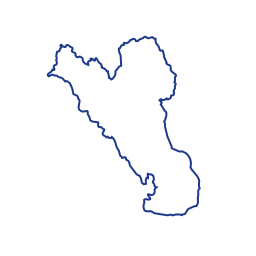 outline of Sachsen, rotated 73°
{"feature_id": "DEU-1601", "entity_name": "Sachsen", "entity_type": "State", "adm_level": 1, "iso_a3": "DEU", "parent_name": "Germany", "parent_adm1": "", "projection": "natural_earth1", "projection_center": [12.997, 50.915], "detail": "fine", "context": "isolated", "style": "outline", "palette": "blue", "viewbox_px": 256, "rotation_deg": 73, "n_neighbors": 0, "source": "natural_earth", "source_scale": "10m", "svg_char_len": 5684}
<svg xmlns="http://www.w3.org/2000/svg" viewBox="0 0 256 256"><g transform="rotate(73 128 128)"><path d="M187.7,120.0L187.0,120.0L186.3,119.7L185.5,118.8L185.0,118.4L182.7,117.8L180.7,118.0L179.2,119.3L178.3,121.6L177.6,122.5L178.3,122.8L180.5,123.1L181.7,123.5L181.1,124.0L181.0,124.8L182.7,126.1L185.0,126.7L186.7,127.4L186.3,129.5L184.5,130.7L179.5,130.4L177.2,130.8L176.6,131.4L175.4,132.8L174.6,133.4L164.8,137.0L163.5,137.1L161.2,136.9L160.0,137.1L159.3,137.5L158.3,138.5L157.7,138.9L156.9,139.0L156.3,138.8L155.7,138.8L155.1,139.4L154.9,140.2L155.1,141.5L155.1,141.9L154.7,142.4L153.9,142.5L152.1,143.5L150.9,143.6L148.0,143.4L146.6,143.5L144.2,144.2L143.0,144.4L137.3,144.4L134.4,144.8L131.8,146.1L132.6,147.4L132.3,148.5L131.5,149.3L130.4,150.0L130.8,150.6L130.7,151.1L130.3,151.5L129.7,151.8L128.6,152.9L127.5,153.7L126.4,154.0L124.9,153.4L124.5,153.0L123.6,151.7L123.3,151.4L122.5,151.2L122.3,151.3L122.3,151.6L121.9,151.9L119.5,153.3L119.2,153.8L118.5,155.5L117.2,156.0L116.1,155.6L115.1,155.1L113.8,155.0L111.7,159.6L110.8,160.9L109.3,161.9L105.9,161.7L104.1,162.2L102.9,162.4L101.8,162.2L101.3,161.9L100.7,161.8L100.2,161.9L99.7,162.2L99.3,165.5L98.9,167.0L98.0,167.9L96.1,169.4L93.9,169.3L88.0,166.4L87.5,166.3L86.9,166.4L85.6,167.0L84.5,166.8L83.4,166.9L82.4,167.2L81.6,167.9L80.2,169.6L79.5,170.2L78.6,170.3L75.2,169.8L70.5,170.1L67.9,170.7L65.7,172.3L65.1,173.4L65.3,174.2L65.1,174.5L64.1,174.7L63.3,175.3L61.5,176.1L60.8,176.7L58.8,179.6L58.1,180.2L57.3,180.6L56.8,181.3L56.6,182.6L55.4,183.9L55.0,184.7L54.8,186.1L55.0,187.1L55.4,188.0L55.4,188.7L54.5,189.2L53.4,189.1L52.8,188.3L52.0,186.1L51.8,185.2L51.6,184.6L50.0,183.2L50.0,182.9L50.3,182.6L50.5,182.6L50.8,182.1L50.9,181.7L50.7,181.4L50.2,181.2L48.4,181.2L47.4,181.0L46.7,180.4L46.5,179.8L46.5,178.4L46.1,177.7L44.9,176.9L41.9,176.8L41.4,176.1L39.6,175.6L38.7,175.7L38.2,175.6L35.4,174.1L34.8,173.9L34.5,173.7L34.3,172.1L34.3,171.8L34.5,171.3L34.3,171.0L32.9,170.2L31.7,168.6L31.1,168.4L29.4,168.5L28.9,167.9L28.9,167.6L29.1,167.4L29.5,167.1L30.1,166.8L31.1,166.5L31.3,166.3L31.4,166.1L31.5,165.4L32.0,165.0L32.1,164.7L32.1,164.0L32.0,163.7L31.8,163.4L31.0,162.9L30.8,162.6L30.8,162.3L30.9,161.8L31.3,161.1L32.0,160.3L33.5,159.4L34.3,158.6L34.8,157.9L35.6,157.7L36.2,157.8L36.6,158.1L37.1,158.7L37.5,159.0L38.0,159.1L38.6,159.1L39.2,158.6L40.7,156.7L41.7,156.5L42.2,156.6L42.8,157.0L43.0,157.0L44.8,156.5L45.3,156.1L45.7,154.8L45.6,153.2L47.4,151.4L47.7,151.3L48.8,151.2L50.0,151.4L51.6,151.4L52.0,151.2L54.0,150.0L54.7,149.3L56.0,147.5L55.4,147.3L54.0,147.3L53.3,147.0L52.8,146.4L52.4,145.3L52.8,144.2L52.6,143.9L52.3,143.6L52.0,143.5L50.9,143.6L50.8,143.3L50.9,142.9L51.4,141.9L52.1,141.5L52.5,141.5L52.9,141.3L53.9,140.2L53.7,139.8L52.7,139.4L51.9,138.7L52.0,137.9L56.6,136.7L57.1,136.5L59.1,135.1L61.4,134.9L62.1,135.1L62.1,135.3L62.5,135.3L63.7,133.9L65.0,132.7L67.6,131.5L67.7,131.3L67.9,130.6L69.1,131.0L70.5,130.9L72.5,131.1L73.5,131.0L73.8,131.1L74.2,131.6L74.4,131.6L74.9,131.1L75.6,130.2L76.7,129.8L76.7,129.1L75.4,126.8L73.8,124.9L72.0,124.0L70.3,123.4L69.4,122.7L68.8,121.4L66.8,118.7L66.4,116.3L56.6,113.9L52.5,114.2L49.8,113.8L49.5,113.6L49.3,113.3L49.2,112.7L49.2,112.3L49.1,112.0L48.8,111.7L47.7,110.9L47.1,109.9L47.4,107.7L45.5,107.2L45.4,106.6L46.1,105.9L46.4,105.0L46.2,102.7L46.0,101.8L44.7,100.5L44.7,98.9L44.3,97.9L44.2,97.4L44.5,96.5L45.0,95.6L45.8,95.1L46.7,95.1L47.2,94.9L47.3,94.7L47.6,93.8L47.6,93.2L47.5,92.6L46.8,91.3L46.6,90.6L46.6,89.3L46.4,87.5L45.9,86.5L45.8,85.4L45.7,84.9L45.8,84.6L46.8,84.0L47.3,83.3L47.9,82.9L48.2,82.0L48.2,78.2L50.1,76.9L50.3,76.5L50.5,75.8L50.8,75.5L52.8,76.2L54.7,76.4L55.2,76.3L58.4,75.0L63.1,74.7L63.4,74.5L63.6,74.2L63.9,72.3L64.5,72.1L69.5,72.3L70.3,72.8L76.4,71.9L76.7,72.0L77.0,72.3L77.3,72.4L77.7,72.3L78.6,71.8L79.0,71.4L80.2,69.8L81.1,69.3L83.4,69.6L85.3,70.2L86.5,69.8L89.8,67.6L90.4,66.9L92.2,66.8L92.9,68.0L93.7,68.4L94.6,68.7L95.4,68.8L96.8,69.4L97.7,70.2L98.5,70.1L98.9,69.7L99.6,69.5L100.0,69.6L100.5,69.9L101.8,71.0L103.7,71.4L105.5,73.2L106.3,73.6L106.8,73.8L107.5,73.5L109.6,74.6L109.8,74.8L109.9,75.2L109.8,75.8L109.5,76.4L109.5,76.9L110.1,77.6L111.5,78.2L111.9,79.1L112.4,80.8L112.4,81.3L112.2,81.6L111.3,82.1L111.0,82.4L111.2,83.0L111.6,83.2L111.7,83.9L111.6,84.8L111.6,86.0L111.3,86.8L111.0,87.2L110.3,87.7L110.1,88.1L110.2,88.9L110.5,89.6L110.9,89.8L111.9,88.8L112.6,88.9L112.9,88.4L113.8,88.5L114.2,88.7L115.0,89.8L122.0,87.9L123.0,87.5L123.6,87.0L124.2,86.9L125.0,86.9L128.0,88.0L128.9,88.7L129.4,89.2L130.1,89.5L131.0,90.0L132.1,91.3L132.8,91.6L134.2,91.3L135.0,91.5L137.9,92.2L147.6,92.8L158.4,91.7L159.5,92.0L159.8,92.1L160.4,91.9L161.6,90.4L165.1,86.3L166.0,84.5L166.1,83.2L166.5,82.6L169.0,80.0L169.8,79.5L172.3,78.3L176.2,77.6L179.2,77.9L181.5,78.6L183.7,79.7L186.1,79.3L194.4,75.9L197.1,75.3L198.5,75.3L199.9,75.5L201.4,76.2L204.2,77.1L206.9,77.2L207.1,78.1L208.5,79.2L212.7,80.4L214.0,81.1L215.5,81.8L218.4,82.5L219.9,83.0L220.9,83.7L222.0,84.6L222.7,85.7L222.2,86.8L222.8,92.4L223.1,93.9L223.3,94.4L224.5,96.1L225.9,97.4L226.9,99.0L226.6,101.4L227.1,101.8L226.0,103.5L225.2,105.7L224.7,108.0L224.6,110.0L224.5,111.1L224.1,111.6L223.6,112.0L223.3,112.5L223.2,113.3L223.2,114.9L223.0,115.8L220.2,121.6L217.1,127.8L214.8,129.8L213.9,131.0L213.9,132.5L212.9,134.7L212.4,135.6L211.7,136.2L210.7,136.4L209.3,136.4L207.0,136.0L204.5,134.5L203.6,134.1L201.4,133.6L201.1,132.9L201.3,131.5L202.4,129.5L202.7,128.4L202.4,127.5L201.6,127.4L198.1,128.6L197.4,128.2L197.7,127.2L198.5,126.0L199.0,125.0L199.1,123.8L198.9,123.0L198.4,122.4L197.6,121.6L196.8,121.1L195.1,120.8L194.3,120.3L193.7,119.7L193.4,118.7L193.0,118.0L192.5,119.1L191.7,119.4L189.4,119.3L187.7,120.0Z" fill="none" stroke="#1e3a8a" stroke-width="2"/></g></svg>